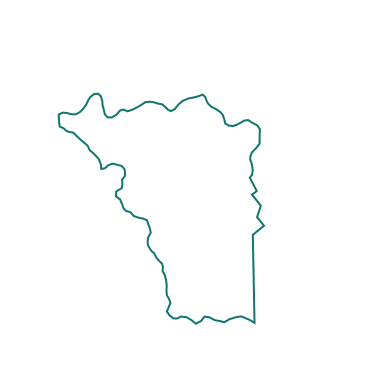 the district of Herval d'Oeste, Santa Catarina, Brazil, rotated 53°
{"feature_id": "56859067B7033664236928", "entity_name": "Herval d'Oeste", "entity_type": "district", "adm_level": 2, "iso_a3": "BRA", "parent_name": "Brazil", "parent_adm1": "Santa Catarina", "projection": "orthographic", "projection_center": [-51.434, -27.189], "detail": "fine", "context": "isolated", "style": "outline", "palette": "teal", "viewbox_px": 384, "rotation_deg": 53, "n_neighbors": 0, "source": "geoboundaries", "source_scale": "gbopen_adm2", "svg_char_len": 2031}
<svg xmlns="http://www.w3.org/2000/svg" viewBox="0 0 384 384"><g transform="rotate(53 192 192)"><path d="M334.1,220.8L262.8,169.2L262.3,154.8L251.3,155.2L244.4,145.3L234.3,145.5L230.2,145.7L230.2,139.7L215.3,137.2L214.4,133.7L211.0,130.2L205.8,127.5L200.7,125.8L198.4,123.5L196.4,120.2L195.6,114.7L194.1,109.0L191.1,106.7L187.1,103.6L182.7,100.0L178.2,99.8L174.8,101.3L171.7,102.7L168.3,103.8L166.4,107.3L165.9,111.3L165.3,115.6L164.0,119.5L161.2,122.6L157.2,124.2L152.6,122.2L148.9,121.1L145.3,121.2L139.9,123.1L135.4,125.3L131.1,126.0L127.3,125.3L123.9,124.2L120.7,124.9L119.3,129.3L117.6,133.6L115.2,138.5L113.6,144.4L114.0,150.5L115.4,155.9L114.7,160.3L111.6,161.7L108.1,162.1L103.9,163.1L100.8,166.1L97.1,168.7L94.6,171.2L92.2,175.2L91.8,181.4L91.2,185.3L90.5,189.6L88.8,194.9L85.0,197.0L83.6,200.3L84.8,205.7L84.2,211.1L81.6,214.6L77.4,214.8L72.5,212.6L68.7,211.1L65.5,209.0L60.8,207.2L57.1,207.7L54.8,211.5L55.0,216.3L56.4,220.0L58.8,224.4L60.3,229.9L60.7,233.8L59.9,238.4L56.7,242.0L53.7,244.3L51.0,247.2L49.9,251.8L54.4,254.9L60.0,258.3L64.0,256.1L67.4,255.6L70.2,253.9L73.2,251.0L77.0,250.6L80.3,249.9L83.4,249.5L86.8,248.7L92.1,247.5L97.1,248.5L103.2,247.2L109.5,246.6L115.3,248.3L119.0,250.6L120.7,247.0L120.2,243.1L121.6,238.3L125.9,234.8L128.8,232.5L133.2,232.2L136.5,233.9L138.9,236.1L140.0,240.3L144.1,243.1L146.7,246.0L145.9,252.0L149.7,255.4L154.6,253.9L159.8,255.2L164.3,256.6L167.6,256.0L171.0,253.3L175.9,253.0L179.8,250.6L183.5,247.3L187.4,244.9L190.5,246.1L194.5,247.1L199.6,249.4L202.1,254.7L205.4,257.7L208.2,259.3L211.4,259.7L214.7,259.9L218.1,259.1L222.8,260.0L226.9,259.7L231.5,259.1L234.6,260.5L237.5,263.1L242.0,263.7L246.8,265.7L251.4,268.4L254.8,271.3L259.3,274.2L263.7,274.7L267.5,275.9L270.3,280.4L272.3,284.0L276.8,284.2L281.8,282.9L284.2,279.8L284.8,275.8L288.5,271.9L293.2,269.8L299.5,268.2L300.5,262.3L299.0,256.9L302.4,253.6L308.1,250.9L312.3,247.0L315.4,244.6L316.1,238.7L318.3,232.6L320.8,227.7L324.2,225.6L328.6,223.1L334.1,220.8Z" fill="none" stroke="#0f766e" stroke-width="2"/></g></svg>